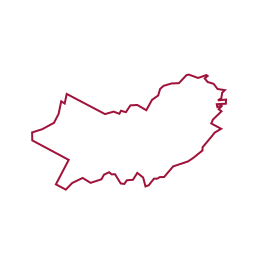 the district of Richland, Louisiana, United States of America, rotated 208°
{"feature_id": "52423323B54730656664663", "entity_name": "Richland", "entity_type": "district", "adm_level": 2, "iso_a3": "USA", "parent_name": "United States of America", "parent_adm1": "Louisiana", "projection": "mercator", "projection_center": [-91.813, 32.409], "detail": "fine", "context": "isolated", "style": "outline", "palette": "rose", "viewbox_px": 256, "rotation_deg": 208, "n_neighbors": 0, "source": "geoboundaries", "source_scale": "gbopen_adm2", "svg_char_len": 1013}
<svg xmlns="http://www.w3.org/2000/svg" viewBox="0 0 256 256"><g transform="rotate(208 128 128)"><path d="M83.6,211.6L89.6,205.1L99.4,203.7L101.2,202.1L104.1,191.5L110.4,187.8L116.4,181.9L118.0,177.5L116.6,170.9L120.0,164.1L120.2,152.3L130.6,152.7L136.5,149.1L137.3,141.0L142.3,139.9L142.3,136.5L148.4,135.7L154.8,129.5L198.1,129.3L195.4,119.9L199.5,120.2L195.9,107.9L195.8,97.8L203.3,86.5L210.6,79.1L206.7,72.1L165.4,72.0L165.2,44.4L154.0,44.4L151.4,53.3L144.6,62.6L135.3,62.0L127.4,70.2L127.3,75.5L123.9,80.1L120.6,79.4L117.8,81.1L108.4,75.6L105.0,76.9L104.5,81.3L99.3,84.6L98.7,92.7L91.4,91.4L85.1,84.6L82.8,87.2L81.3,95.5L78.6,96.8L76.8,99.6L73.1,101.7L70.1,115.3L59.3,126.7L56.5,131.9L51.7,143.1L53.1,146.0L50.0,160.7L49.3,164.6L45.4,171.0L56.6,171.1L57.0,175.3L53.3,186.6L56.8,187.2L55.3,192.2L59.0,188.5L60.8,190.7L53.0,195.4L54.8,199.1L61.6,194.6L59.6,198.1L61.4,203.4L60.3,206.9L67.2,204.5L73.2,207.2L79.3,206.0L83.6,207.8L82.1,211.3L83.6,211.6Z" fill="none" stroke="#9f1239" stroke-width="2"/></g></svg>